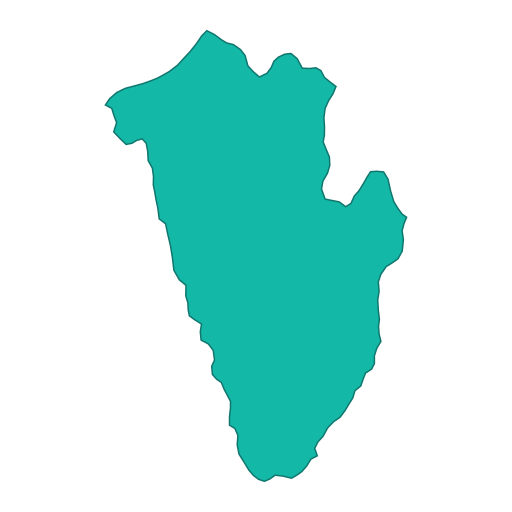 outline of Sobrália, Minas Gerais, Brazil
{"feature_id": "56859067B26696548146708", "entity_name": "Sobrália", "entity_type": "district", "adm_level": 2, "iso_a3": "BRA", "parent_name": "Brazil", "parent_adm1": "Minas Gerais", "projection": "robinson", "projection_center": [-42.144, -19.225], "detail": "fine", "context": "isolated", "style": "filled", "palette": "teal", "viewbox_px": 512, "rotation_deg": 0, "n_neighbors": 0, "source": "geoboundaries", "source_scale": "gbopen_adm2", "svg_char_len": 2121}
<svg xmlns="http://www.w3.org/2000/svg" viewBox="0 0 512 512"><path d="M327.4,173.4L329.8,165.4L329.4,157.0L326.4,149.9L323.2,142.1L324.4,134.9L324.5,126.7L323.9,117.8L325.1,108.4L328.5,100.9L333.0,93.7L336.0,86.5L329.8,81.8L324.4,77.4L320.9,70.6L315.9,67.8L309.9,68.5L302.3,68.2L297.2,58.7L291.0,53.5L284.7,54.2L278.3,57.2L273.9,61.3L271.3,67.4L267.0,73.3L259.4,77.0L253.2,71.6L247.9,65.9L245.1,55.5L240.4,49.5L233.4,44.6L226.6,42.9L221.6,39.9L214.5,34.6L206.8,30.7L201.7,35.9L196.2,44.0L189.9,51.8L184.1,58.0L177.5,65.2L169.2,71.6L162.7,75.3L157.5,78.1L151.1,80.7L143.2,83.5L134.6,85.9L125.4,88.3L116.9,92.4L109.8,98.5L105.4,105.0L111.8,108.4L113.6,114.5L116.6,122.6L113.7,131.9L120.4,138.9L126.1,144.4L131.9,143.3L136.7,140.4L142.2,138.9L146.2,143.3L147.7,151.2L148.2,160.7L152.4,168.2L153.5,176.7L153.3,184.9L154.7,191.7L156.0,199.5L157.9,208.4L159.2,218.9L165.6,223.8L167.7,234.0L170.4,245.4L172.4,257.5L173.9,270.3L179.4,279.9L186.0,285.3L185.8,295.9L187.9,302.9L188.2,309.8L189.4,315.9L194.9,319.9L201.5,324.0L200.3,331.8L201.1,340.1L208.3,343.9L213.2,350.3L214.5,360.1L211.7,366.3L212.4,374.4L216.6,379.2L221.3,382.4L224.2,389.4L227.5,395.6L230.5,401.3L230.5,407.8L229.5,416.7L229.5,425.2L234.9,428.5L237.9,435.4L237.2,444.9L239.0,454.1L244.7,463.2L248.8,470.0L253.2,475.2L258.5,479.3L264.4,481.3L270.0,478.9L275.1,475.2L283.0,476.1L291.5,478.2L297.2,474.9L301.9,471.5L306.7,466.0L310.9,459.1L317.3,455.8L314.7,448.3L317.9,441.9L322.9,436.5L327.7,427.8L333.6,421.7L340.1,417.2L345.1,410.5L348.9,404.1L352.8,397.9L354.9,390.8L360.8,385.9L363.1,379.2L365.5,373.1L371.7,369.0L374.4,363.5L374.4,355.7L376.8,348.2L380.9,341.4L379.1,334.0L378.5,326.5L379.4,319.4L378.3,310.1L377.7,299.9L379.1,291.4L378.3,281.9L380.8,274.4L386.2,266.6L392.1,262.9L398.0,258.8L402.2,251.2L403.4,239.7L402.1,230.8L404.0,223.6L406.6,217.3L402.1,214.1L397.7,208.1L393.8,201.6L390.6,191.0L388.0,179.1L383.6,171.9L376.8,171.3L370.6,171.7L367.3,176.7L363.4,183.6L358.9,190.8L354.2,196.2L351.0,203.4L345.7,206.7L339.2,201.9L330.6,200.2L325.1,199.1L321.5,189.0L322.9,181.1L327.4,173.4Z" fill="#14b8a6" stroke="#0f766e" stroke-width="1.5"/></svg>